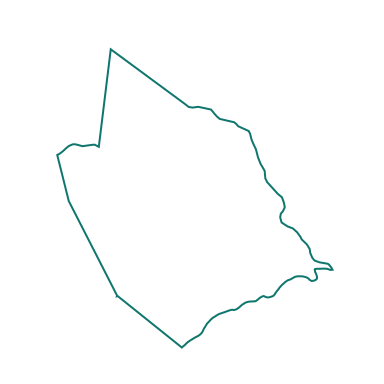 Bois D'Inde, Choiseul, Saint Lucia, rotated 262°
{"feature_id": "8701671B38315544372764", "entity_name": "Bois D'Inde", "entity_type": "district", "adm_level": 2, "iso_a3": "LCA", "parent_name": "Saint Lucia", "parent_adm1": "Choiseul", "projection": "orthographic", "projection_center": [-61.052, 13.804], "detail": "fine", "context": "isolated", "style": "outline", "palette": "teal", "viewbox_px": 384, "rotation_deg": 262, "n_neighbors": 0, "source": "geoboundaries", "source_scale": "gbopen_adm2", "svg_char_len": 5624}
<svg xmlns="http://www.w3.org/2000/svg" viewBox="0 0 384 384"><g transform="rotate(262 192 192)"><path d="M200.2,68.7L99.8,103.4L99.5,103.5L99.1,103.2L99.1,104.1L39.4,160.3L39.6,160.6L39.9,161.0L40.2,161.4L40.4,161.8L40.7,162.4L41.0,162.8L41.3,163.2L41.5,163.6L41.7,164.0L42.0,164.4L42.3,164.6L42.6,165.0L42.9,165.4L43.1,165.8L43.4,166.2L43.7,166.6L44.0,167.0L44.2,167.4L44.3,167.8L44.5,168.2L44.8,168.7L45.0,169.1L45.2,169.5L45.4,169.9L45.6,170.4L45.8,170.8L45.9,171.2L46.1,171.6L46.3,172.0L46.5,172.4L46.7,172.9L46.9,173.3L47.0,173.8L47.2,174.2L47.4,174.6L47.6,175.1L47.8,175.5L47.9,176.0L48.1,176.4L48.2,176.8L48.4,177.4L48.6,177.8L48.7,178.3L48.9,178.7L49.1,179.1L49.3,179.5L49.7,179.9L49.8,180.2L50.1,180.7L50.4,181.1L50.7,181.5L51.0,181.8L51.3,182.2L51.6,182.5L52.0,182.8L52.4,183.1L52.8,183.3L53.2,183.7L53.6,183.9L54.0,184.1L54.4,184.4L54.8,184.6L55.1,184.8L55.5,185.2L55.9,185.5L56.2,185.9L56.6,186.2L57.0,186.5L57.4,186.8L57.8,187.2L58.1,187.4L58.4,187.6L58.8,188.0L59.2,188.3L59.5,188.5L59.9,188.9L60.2,189.4L60.5,189.8L60.9,190.3L61.1,190.5L61.4,191.0L61.7,191.3L62.0,191.6L62.3,192.0L62.6,192.4L63.0,192.8L63.3,193.3L63.6,193.7L63.9,194.1L64.1,194.5L64.4,195.0L64.6,195.4L64.9,195.9L65.0,196.4L65.3,196.8L65.4,197.2L65.7,197.9L65.9,198.3L66.2,198.8L66.4,199.3L66.5,199.7L66.7,200.1L67.0,200.7L67.2,201.2L67.3,201.7L67.5,202.2L67.6,202.8L67.7,203.2L67.8,203.7L67.8,204.2L67.9,204.7L68.0,205.0L68.1,205.5L68.2,206.0L68.3,206.5L68.4,207.0L68.4,207.5L68.6,208.0L68.7,208.6L68.8,209.1L68.9,209.5L69.0,210.0L69.1,210.5L69.2,211.0L69.3,211.5L69.4,211.9L69.5,212.4L69.6,213.0L69.7,213.5L69.7,214.0L69.8,214.7L69.8,215.2L69.7,215.6L69.7,216.0L69.5,216.5L69.4,216.9L69.3,217.4L69.3,217.8L69.4,218.3L69.5,218.8L69.6,219.3L69.8,219.8L69.9,220.2L70.1,220.6L70.4,221.1L70.6,221.6L70.8,222.0L71.0,222.4L71.3,222.8L71.6,223.3L71.9,223.7L72.1,224.1L72.4,224.4L72.7,224.8L72.9,225.3L73.2,225.7L73.4,226.1L73.7,226.6L73.9,227.0L74.1,227.5L74.2,227.9L74.5,228.3L74.7,228.9L74.9,229.3L75.1,229.7L75.1,230.2L75.2,230.7L75.3,231.1L75.4,231.6L75.4,232.1L75.4,232.5L75.5,233.3L75.5,233.7L75.4,234.2L75.4,234.7L75.4,235.2L75.3,235.6L75.3,236.1L75.2,236.5L75.2,237.0L75.2,237.5L75.1,238.0L75.1,238.5L75.0,239.0L75.0,239.5L75.1,239.9L75.3,240.4L75.5,240.8L75.7,241.2L76.0,241.6L76.2,242.0L76.4,242.4L76.6,242.7L76.9,243.1L77.2,243.5L77.4,244.0L77.7,244.4L77.9,244.8L78.1,245.3L78.3,245.8L78.5,246.3L78.7,246.7L78.8,247.1L78.9,247.6L79.0,248.1L78.9,248.6L78.7,249.0L78.5,249.4L78.2,249.8L77.9,250.1L77.7,250.5L77.5,250.9L77.4,251.3L77.2,251.7L77.1,252.2L77.0,252.7L77.0,253.1L77.0,253.6L77.0,254.0L77.1,254.5L77.1,254.9L77.2,255.4L77.3,255.8L77.4,256.3L77.5,256.7L77.5,257.1L77.7,257.6L77.9,258.1L78.2,258.5L78.5,258.9L78.8,259.3L79.1,259.7L79.5,260.0L79.9,260.3L80.4,260.6L80.7,261.0L81.2,261.5L81.5,261.8L81.9,262.1L82.2,262.4L82.6,262.8L82.9,263.2L83.3,263.6L83.6,263.9L83.9,264.3L84.3,264.7L84.6,264.9L84.9,265.2L85.3,265.6L85.7,266.1L86.1,266.5L86.5,267.0L86.8,267.4L87.2,267.9L87.6,268.3L87.8,268.7L88.1,269.1L88.3,269.5L88.6,270.0L88.9,270.3L89.2,270.8L89.5,271.2L89.7,271.5L90.0,272.1L90.2,272.5L90.5,273.0L90.7,273.4L90.9,273.9L91.1,274.3L91.3,274.8L91.4,275.4L91.4,275.7L91.5,276.2L91.6,276.8L91.8,277.3L91.9,277.7L92.1,278.2L92.3,278.8L92.6,279.3L92.7,279.8L93.0,280.4L93.1,280.7L93.3,281.3L93.5,281.7L93.7,282.2L93.7,282.7L93.8,283.2L93.8,283.6L93.8,284.1L93.8,284.5L93.8,285.0L93.7,285.5L93.7,285.9L93.6,286.5L93.5,287.1L93.4,287.6L93.4,288.1L93.3,288.6L93.2,289.1L93.1,289.6L92.9,290.0L92.8,290.5L92.6,291.0L92.5,291.3L92.3,291.8L92.1,292.3L91.9,292.8L91.6,293.2L91.3,293.7L91.1,294.1L90.8,294.5L90.4,294.9L90.0,295.3L89.6,295.6L89.1,295.9L88.7,296.3L88.4,296.6L88.1,296.9L87.8,297.3L87.5,297.7L87.2,298.1L87.2,298.6L87.2,299.0L87.2,299.7L87.3,300.4L87.3,300.9L87.5,301.4L87.6,301.9L87.8,302.3L88.1,302.7L88.4,303.1L88.6,303.5L89.1,303.7L89.6,303.8L90.0,303.9L90.5,303.9L91.0,303.9L91.5,303.9L92.0,303.8L92.6,303.7L93.1,303.6L93.6,303.5L94.1,303.4L94.5,303.2L94.9,303.0L95.3,302.9L95.8,302.8L96.3,302.8L96.8,302.8L97.2,302.8L97.7,302.7L98.1,302.7L98.5,303.0L98.6,303.6L98.6,304.1L98.5,304.5L98.5,305.0L98.5,305.5L98.5,306.0L98.4,306.5L98.3,307.0L98.2,307.5L98.2,308.0L98.1,308.5L98.1,308.9L98.0,309.4L98.0,309.9L97.9,310.4L97.9,310.9L97.8,311.5L97.8,312.0L97.7,312.4L97.6,312.9L97.5,313.4L97.4,313.8L97.4,314.2L97.2,314.7L97.0,315.2L96.9,315.6L96.7,316.1L96.4,316.5L96.2,317.0L95.9,317.5L95.7,318.1L95.5,318.5L95.5,319.0L95.5,319.6L95.5,320.3L96.2,320.0L97.0,319.7L97.4,319.6L97.8,319.4L98.3,319.1L98.7,318.9L99.1,318.6L99.5,318.4L100.0,318.2L100.4,317.9L100.9,317.6L101.2,317.3L101.6,317.0L101.9,316.6L102.1,316.2L104.1,310.1L104.5,308.8L104.7,308.3L107.0,303.9L110.0,302.0L115.2,300.6L119.1,300.6L122.9,299.0L124.2,298.4L129.8,294.0L132.4,293.2L137.6,290.4L141.9,286.8L144.7,281.7L145.7,280.6L149.3,276.5L150.6,276.3L154.6,275.8L158.1,276.9L159.2,278.1L160.1,279.2L163.8,281.7L165.2,281.7L168.8,281.5L174.3,280.3L178.2,276.7L191.3,267.8L194.5,266.8L195.2,266.5L202.8,266.9L210.4,263.8L216.6,262.3L218.6,262.0L219.7,261.9L222.4,261.6L225.6,261.2L229.9,259.8L235.3,258.3L241.8,257.6L244.5,256.6L250.7,246.9L253.1,245.4L254.3,244.3L255.2,243.5L257.4,237.7L260.5,229.7L263.0,227.4L266.7,224.9L267.1,224.7L271.0,222.3L274.6,212.5L275.5,209.9L275.5,204.4L276.5,201.1L276.8,200.4L279.2,198.2L344.6,131.4L249.7,106.0L252.3,102.4L252.5,101.1L252.6,100.0L252.6,89.9L253.4,88.1L254.9,84.6L255.6,82.5L255.8,81.0L255.6,79.8L255.3,78.6L254.7,76.5L253.9,75.1L253.4,74.3L253.0,73.6L251.7,71.8L250.4,69.9L250.0,69.2L249.5,68.4L249.1,67.7L248.2,65.9L247.4,63.7L223.0,66.3L200.2,68.7Z" fill="none" stroke="#0f766e" stroke-width="2"/></g></svg>